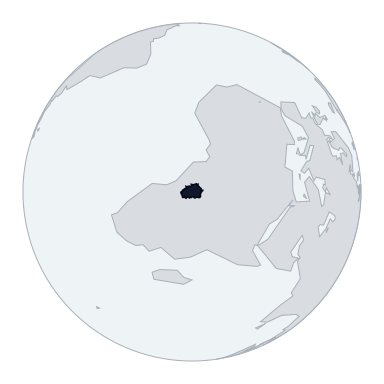 globe centered on Bandundu, rotated 74°
{"feature_id": "COD-1871", "entity_name": "Bandundu", "entity_type": "Province", "adm_level": 1, "iso_a3": "COD", "parent_name": "Democratic Republic of the Congo", "parent_adm1": "", "projection": "orthographic", "projection_center": [18.46, -4.427], "detail": "fine", "context": "on_globe", "style": "filled", "palette": "ink", "viewbox_px": 384, "rotation_deg": 74, "n_neighbors": 0, "source": "natural_earth", "source_scale": "10m", "svg_char_len": 8672}
<svg xmlns="http://www.w3.org/2000/svg" viewBox="0 0 384 384"><g transform="rotate(74 192 192)"><circle cx="192" cy="192" r="169" fill="#eef3f6" stroke="#a8b0b8"/><path d="M107.1,45.9L99.7,50.6L94.8,54.9L92.3,56.8L86.1,60.8L84.4,61.7L95.4,53.4L107.1,45.9ZM80.9,64.7L82.4,63.5L76.0,69.2L75.3,70.0L76.2,69.5L78.9,67.1L76.9,69.1L70.2,74.9L71.9,73.1L74.1,71.1L73.2,71.9L80.9,64.7ZM26.1,160.1L26.9,156.2L26.2,160.4L28.3,158.5L27.7,160.9L29.2,171.2L33.9,175.2L34.9,182.1L34.1,186.7L36.4,187.6L36.5,190.6L48.2,193.6L56.5,200.4L57.7,210.7L53.8,223.2L57.1,248.8L51.9,258.1L55.2,268.4L59.2,283.9L55.4,283.5L61.3,290.5L63.2,295.2L62.1,296.0L66.0,301.1L65.4,301.6L68.8,304.6L74.0,311.6L79.8,316.6L85.2,322.1L89.0,324.9L88.7,325.0L90.1,326.3L92.3,327.9L88.8,325.7L80.7,319.1L76.8,315.5L76.3,315.1L67.2,305.8L69.0,307.8L57.4,294.1L49.4,282.3L33.0,248.6L30.7,242.3L30.1,240.3L26.7,227.2L24.5,213.9L23.2,200.4L23.1,186.9L24.1,173.4L26.1,160.1ZM96.7,330.6L90.1,326.7L92.9,328.4L89.6,325.5L95.0,328.6L96.7,330.6ZM89.3,323.0L88.6,321.3L90.0,322.0L90.8,323.4L89.3,323.0ZM350.2,132.8L350.9,134.5L352.9,140.6L358.1,161.1L358.8,166.1L358.1,162.2L354.6,151.1L356.6,162.9L359.4,174.5L360.5,187.2L359.5,182.3L358.1,171.1L356.8,166.9L355.2,156.4L350.5,140.5L349.4,142.4L347.6,136.3L341.0,123.3L338.3,125.8L335.3,139.9L337.9,155.6L335.6,162.0L325.2,138.4L319.6,123.5L316.4,124.5L305.2,111.8L287.7,109.7L284.6,106.0L281.4,107.5L273.5,103.6L268.7,97.8L264.1,98.0L276.8,113.5L281.7,113.5L285.0,107.9L287.7,113.5L295.3,119.0L288.7,132.1L261.7,143.6L258.3,132.0L233.5,101.7L233.8,98.5L233.7,98.2L233.3,97.5L231.9,102.7L227.4,97.2L241.5,117.4L244.2,126.5L261.4,144.3L260.0,146.1L265.2,150.0L281.2,146.2L281.4,150.1L274.4,168.3L251.6,193.6L254.2,211.6L251.8,227.1L236.7,237.2L237.1,249.5L229.1,253.7L228.0,260.7L221.1,268.2L209.9,275.3L191.8,275.7L191.4,269.3L183.5,257.1L172.8,227.9L178.1,214.4L176.8,204.2L163.6,182.4L166.6,170.1L162.9,165.2L155.4,166.8L151.0,161.0L146.4,161.2L117.0,167.6L107.7,160.7L95.8,139.0L100.8,129.4L101.1,119.3L135.4,83.9L143.3,85.0L171.1,79.6L174.7,80.5L172.2,87.6L193.6,95.8L199.6,89.7L218.3,94.6L230.3,94.5L233.2,81.5L213.6,81.1L209.5,75.0L224.6,69.9L241.6,71.3L240.5,69.0L229.2,63.7L232.5,60.0L225.2,61.6L228.6,63.9L224.1,65.2L220.7,63.3L222.0,61.9L216.7,60.9L211.9,68.5L214.9,71.7L201.4,73.2L205.0,78.8L201.6,81.5L194.1,73.2L194.4,70.2L181.1,62.3L179.6,65.5L192.0,73.4L188.4,72.8L186.5,78.1L185.1,73.6L171.9,65.0L159.3,67.8L144.3,81.6L136.7,83.5L129.9,81.7L134.3,68.6L150.8,66.1L152.5,62.3L148.3,57.6L153.7,57.5L154.0,55.5L160.1,54.7L167.9,49.7L174.0,48.9L176.2,43.6L179.6,42.7L177.3,45.9L179.0,48.1L194.1,47.4L196.7,46.3L197.0,43.1L201.1,43.6L199.4,40.7L207.6,39.7L196.1,38.7L196.1,35.8L200.6,33.7L198.5,32.8L191.2,36.3L190.1,37.9L192.5,39.5L187.8,44.9L182.8,46.0L179.9,40.3L172.5,41.6L173.5,37.3L192.7,29.4L201.2,28.4L216.9,31.8L215.4,33.1L209.0,32.4L215.7,35.3L214.8,34.0L218.2,34.7L219.0,32.8L221.5,33.2L218.1,30.9L221.2,31.3L223.3,32.8L227.2,31.0L233.4,31.9L233.1,31.3L231.0,30.5L240.3,32.6L239.7,32.1L236.4,31.2L233.0,29.9L230.6,28.5L233.9,29.3L235.2,29.9L243.1,32.6L246.1,34.6L247.2,34.8L245.4,33.4L235.8,29.9L233.4,28.9L238.2,30.3L236.3,29.7L236.2,29.5L239.2,30.2L234.0,28.6L231.1,27.6L242.5,30.8L253.6,34.7L264.5,39.4L275.0,44.8L285.1,51.0L294.7,57.8L303.8,65.3L312.4,73.5L320.4,82.2L327.7,91.4L334.4,101.1L340.4,111.3L345.7,121.9L350.2,132.8ZM124.5,100.6L123.8,103.5L124.5,100.6ZM260.4,80.4L270.1,81.7L264.3,73.6L267.5,73.7L264.3,71.1L263.8,73.1L255.9,66.5L259.5,64.8L257.6,61.8L254.2,61.2L248.9,65.5L260.2,74.7L258.6,77.6L260.4,80.4ZM28.5,158.4L28.5,160.1L28.0,160.3L28.5,158.4ZM32.3,137.5L32.4,138.0L31.7,139.2L32.3,137.5ZM32.4,136.6L32.1,137.5L31.4,139.5L32.4,136.6ZM76.4,68.9L76.9,68.5L77.2,68.4L75.9,69.5L76.4,68.9ZM85.4,63.2L82.0,66.7L83.5,64.7L81.1,66.6L81.2,65.2L91.0,57.7L86.6,61.2L85.4,63.2ZM84.2,62.0L83.0,63.2L83.9,62.2L84.2,62.0ZM149.6,47.1L152.0,47.9L150.0,50.1L142.3,52.5L145.0,49.1L149.6,47.1ZM155.7,48.6L155.0,43.1L159.8,41.8L157.3,43.4L160.5,43.1L157.2,45.6L162.5,50.4L161.1,52.8L147.6,55.0L152.7,52.8L150.1,51.9L155.7,48.6ZM144.8,35.8L144.6,34.6L155.3,33.2L154.3,34.5L146.5,36.6L143.1,36.3L144.8,35.8ZM177.5,23.7L178.5,23.6L174.3,24.0L179.0,23.8L174.1,24.3L174.9,24.2L171.6,24.8L169.1,25.5L166.8,25.8L166.8,26.0L164.7,26.6L163.9,27.0L159.5,27.9L158.2,28.6L156.9,28.6L155.9,29.7L154.6,29.3L151.7,30.3L154.5,30.2L132.3,35.9L124.0,39.5L117.7,42.9L116.4,42.4L121.4,39.1L129.6,35.2L137.7,32.2L135.7,32.8L139.0,31.6L140.8,31.0L143.6,30.1L146.5,29.3L161.8,25.8L177.5,23.7ZM178.4,77.8L181.1,78.0L185.2,77.5L184.1,81.1L178.4,77.8ZM169.2,71.9L171.6,71.3L172.0,75.6L169.2,75.6L169.2,71.9ZM172.5,67.7L171.7,71.0L170.5,69.2L172.5,67.7ZM179.5,45.4L182.0,44.9L182.4,45.7L181.2,46.9L179.5,45.4ZM191.1,25.0L189.0,24.8L189.6,24.6L187.8,24.0L191.3,23.8L193.7,24.2L191.1,25.0ZM230.1,83.6L226.9,86.0L225.0,84.8L226.5,84.2L230.1,83.6ZM204.5,83.1L210.6,84.8L204.2,84.1L204.5,83.1ZM194.6,24.7L193.4,24.4L195.9,24.6L194.6,24.7ZM193.7,23.7L196.5,23.8L191.5,23.8L193.7,23.7ZM278.1,312.9L277.9,315.3L275.9,315.2L278.1,312.9ZM278.4,225.6L265.4,252.7L258.1,252.5L257.7,244.3L263.1,227.8L271.9,223.4L276.5,216.2L278.4,225.6ZM359.4,215.1L359.4,214.7L359.5,211.4L359.9,208.8L359.9,210.5L359.4,215.1ZM359.9,208.6L359.5,198.6L355.8,173.0L357.2,174.1L360.4,190.6L360.3,193.0L360.6,200.5L359.9,208.6ZM338.6,157.2L341.8,167.1L340.2,168.4L338.6,157.2ZM222.7,26.4L221.4,27.1L222.8,28.3L227.2,29.6L220.4,28.4L218.3,26.5L222.7,26.4ZM206.9,24.0L206.3,24.1L204.3,23.9L206.9,24.0Z" fill="#d9dde1" stroke="#a8b0b8" stroke-width="1"/><path d="M185.3,187.7L185.3,187.4L185.4,187.2L185.4,186.7L185.3,186.0L185.3,185.9L185.3,185.7L185.3,185.4L185.4,185.2L185.6,185.1L185.8,185.0L185.9,184.9L186.1,184.6L186.3,184.5L186.3,184.4L186.4,184.5L186.5,184.7L186.6,184.8L187.4,184.8L187.4,184.5L187.2,184.4L187.2,184.2L187.3,184.2L187.7,184.3L187.8,184.3L188.2,184.0L189.2,183.5L189.4,183.4L189.7,183.3L190.0,183.1L190.3,183.1L190.7,182.8L190.9,182.7L191.0,182.5L191.1,182.3L191.7,182.4L191.9,182.6L192.1,182.6L192.4,182.7L192.5,182.6L192.9,182.6L193.0,182.6L193.1,182.4L193.2,182.2L193.0,181.9L193.0,181.7L193.4,181.4L193.5,181.3L193.5,181.2L193.7,181.3L193.8,181.5L193.8,181.8L194.0,182.1L194.1,182.3L194.2,182.5L194.5,182.7L194.5,182.8L194.7,183.2L194.8,183.4L195.0,183.7L195.1,184.0L195.3,184.3L195.4,184.2L195.6,184.0L195.6,183.9L195.8,183.9L195.9,184.0L196.0,184.0L196.2,184.6L196.3,184.6L196.5,184.7L196.8,184.7L197.1,184.7L197.2,184.8L197.3,184.8L197.4,185.0L197.5,185.0L197.8,185.1L198.1,185.0L198.4,185.0L198.5,184.9L199.4,186.0L199.5,186.1L199.5,186.3L199.4,186.5L199.4,186.8L199.3,187.0L199.1,187.1L199.0,187.3L198.5,188.6L198.5,188.8L198.4,189.3L198.5,190.0L198.5,190.4L198.5,190.5L198.5,191.0L198.4,191.2L198.4,191.3L198.2,191.4L198.0,191.5L197.9,191.5L197.7,191.6L197.6,191.8L197.3,191.9L197.2,191.7L196.9,191.6L196.7,191.6L196.7,191.8L196.8,192.0L196.8,192.3L196.7,192.5L196.7,192.8L196.7,193.0L196.8,193.1L196.8,193.3L196.9,193.5L197.0,193.7L196.9,193.8L197.0,193.9L197.1,194.2L197.1,194.5L197.0,194.8L197.0,195.3L197.0,195.5L197.0,195.8L197.0,196.0L196.9,196.0L196.7,196.2L196.6,196.4L196.6,196.5L196.4,196.6L196.2,196.7L196.0,196.8L195.9,196.9L195.8,197.0L195.7,197.1L195.7,198.3L195.8,198.4L195.9,198.7L196.3,199.1L196.4,199.3L196.4,199.6L195.1,199.6L195.2,199.8L195.0,200.0L195.0,200.5L195.1,200.9L195.1,201.0L194.9,201.1L194.9,201.3L194.6,201.3L194.7,201.6L194.6,202.1L194.6,202.3L194.6,202.5L192.9,202.5L192.9,202.4L192.2,202.3L192.1,202.5L191.9,202.5L191.7,202.6L191.2,202.5L190.9,202.7L190.9,202.8L190.7,202.9L190.5,202.7L190.4,202.7L190.2,202.7L190.0,202.8L189.9,202.7L189.6,202.8L189.3,202.8L189.3,202.7L189.2,202.5L189.1,202.4L189.1,202.2L188.9,202.1L188.8,201.9L188.7,201.9L188.7,201.7L188.6,201.4L188.4,201.3L188.3,201.2L188.2,201.0L188.2,200.9L188.3,200.9L188.2,200.8L188.0,200.7L187.9,200.6L187.7,200.5L187.7,200.4L187.6,200.2L187.5,199.8L187.6,199.7L187.5,199.4L187.5,199.2L187.4,199.1L187.2,199.1L187.0,198.7L186.9,198.3L187.0,198.2L186.9,198.1L186.9,197.9L186.8,197.7L186.9,197.3L186.9,197.2L186.7,197.0L186.7,196.9L186.5,196.6L186.5,196.4L186.4,196.4L186.2,196.3L185.9,196.3L185.8,196.2L185.7,196.2L185.1,196.2L185.3,196.0L185.4,195.8L185.4,195.7L185.5,195.6L185.5,195.2L185.4,195.0L185.4,194.8L185.5,194.5L185.5,194.4L185.5,194.0L185.5,193.9L185.6,193.7L185.6,193.4L185.5,193.2L185.7,192.9L186.0,192.3L186.1,192.2L186.3,192.1L186.4,191.9L186.3,191.7L186.2,191.4L186.0,191.1L185.9,191.0L185.5,190.8L185.4,190.7L185.2,190.7L184.7,190.7L184.4,190.6L184.5,190.5L184.6,190.3L184.7,190.1L184.8,189.9L184.9,189.6L185.1,189.4L185.2,189.1L185.4,188.9L185.4,188.7L185.3,188.3L185.3,188.2L185.3,187.9L185.3,187.7Z" fill="#0f172a" stroke="#020617" stroke-width="1.5"/></g></svg>